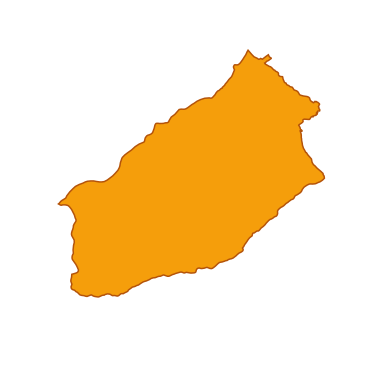 the district of San José De Miranda, Santander, Colombia, rotated 51°
{"feature_id": "7082276B56254263811403", "entity_name": "San José De Miranda", "entity_type": "district", "adm_level": 2, "iso_a3": "COL", "parent_name": "Colombia", "parent_adm1": "Santander", "projection": "albers", "projection_center": [-72.731, 6.627], "detail": "fine", "context": "isolated", "style": "filled", "palette": "amber", "viewbox_px": 384, "rotation_deg": 51, "n_neighbors": 0, "source": "geoboundaries", "source_scale": "gbopen_adm2", "svg_char_len": 5973}
<svg xmlns="http://www.w3.org/2000/svg" viewBox="0 0 384 384"><g transform="rotate(51 192 192)"><path d="M180.3,337.2L182.4,339.2L184.1,341.4L185.1,342.3L188.1,343.4L189.6,345.7L190.9,346.4L191.5,346.5L192.5,346.3L194.7,345.0L195.6,345.0L196.3,344.9L197.9,344.2L201.0,343.9L201.6,343.7L202.8,342.9L204.8,341.0L205.7,340.5L207.1,339.3L208.2,335.9L208.5,335.1L209.2,334.7L209.9,334.5L211.5,333.7L212.8,332.6L214.5,331.0L215.0,330.0L215.8,326.9L216.3,325.9L216.9,325.2L217.0,324.0L217.9,321.9L219.5,320.3L220.0,320.0L222.4,319.1L223.8,317.2L225.7,315.7L226.1,315.1L226.4,314.1L226.3,311.5L226.7,310.6L227.8,309.3L227.9,308.1L228.6,305.3L228.7,304.3L228.2,303.2L228.2,302.4L228.4,299.1L228.3,298.4L229.4,296.0L229.7,294.9L229.8,294.0L230.6,292.1L230.8,289.1L231.1,286.8L231.6,285.2L232.4,283.4L233.3,280.1L233.5,278.1L234.0,276.9L234.3,276.1L235.1,275.0L235.5,274.3L235.9,273.0L236.2,271.9L236.7,270.8L237.6,269.5L238.4,266.6L239.0,266.0L241.9,264.2L242.3,263.8L242.9,263.0L243.2,262.2L243.9,259.1L244.5,257.7L245.0,256.0L247.0,251.3L247.8,250.4L249.7,249.3L250.3,248.6L250.8,247.0L254.3,243.9L256.2,241.2L256.6,240.1L256.5,239.3L255.3,237.7L255.0,237.0L254.9,236.2L254.9,235.6L255.5,234.3L257.2,233.1L257.8,232.3L258.9,230.4L259.7,228.3L260.1,227.7L262.8,226.1L263.9,224.9L264.2,223.9L264.3,222.0L264.3,220.3L264.0,217.2L264.0,215.6L264.3,214.4L265.4,212.5L266.3,210.1L266.6,208.9L267.2,208.1L267.3,207.8L267.4,206.4L267.8,205.1L268.7,203.3L269.2,201.6L269.3,197.5L269.1,196.3L269.1,194.4L269.1,193.6L269.5,192.3L269.7,191.1L269.7,189.9L269.6,189.3L268.8,188.4L268.5,188.2L267.7,188.2L267.4,188.0L267.2,187.8L267.0,186.3L266.3,184.8L265.8,183.5L265.7,182.6L265.3,181.7L265.2,181.0L264.3,178.3L263.8,175.9L263.9,172.9L262.4,171.0L262.4,170.3L263.0,169.3L263.1,166.8L263.3,166.0L264.1,164.8L264.1,164.5L264.1,163.9L263.5,160.9L263.6,158.3L263.4,155.9L262.9,153.9L262.4,150.2L262.5,148.2L262.9,147.5L263.2,145.7L263.2,143.3L263.5,142.6L263.7,142.3L263.8,141.4L263.6,140.6L263.0,139.5L262.7,139.1L260.7,137.6L260.4,137.1L260.1,136.2L259.9,134.4L259.9,132.6L260.3,130.7L260.4,129.1L260.1,126.1L260.4,123.9L260.3,123.1L260.4,120.3L260.4,119.9L261.0,118.2L261.1,117.6L260.9,116.6L260.1,114.9L259.9,114.2L260.0,113.3L260.4,111.7L260.6,109.2L260.7,108.0L260.3,106.3L259.4,104.6L259.0,102.9L258.8,102.4L258.8,100.8L259.1,98.0L259.6,96.0L260.1,95.1L261.6,93.4L263.0,91.3L263.4,90.5L264.1,87.6L264.4,86.9L264.7,85.8L264.9,83.2L264.8,81.7L264.6,80.4L262.7,79.3L260.9,79.1L260.5,78.7L259.7,78.5L258.6,78.7L257.5,78.8L252.2,79.8L248.9,80.0L247.2,80.4L245.6,80.2L244.3,79.9L241.5,78.4L235.8,78.6L233.5,78.3L232.8,78.7L229.9,78.1L228.3,77.9L225.1,76.7L223.7,75.8L221.0,74.4L219.5,73.3L218.6,72.9L216.6,71.3L215.2,70.5L212.5,69.5L212.6,69.1L213.6,68.8L213.9,68.4L213.8,68.0L212.6,67.9L212.0,68.2L211.0,68.1L210.3,67.6L208.2,67.1L207.3,67.1L207.1,66.8L207.1,66.1L207.4,63.6L207.4,62.3L207.2,61.4L206.0,60.7L205.7,60.1L205.9,59.3L206.2,58.7L209.1,55.6L209.5,55.0L209.4,54.2L208.8,52.6L208.8,51.7L209.0,50.7L209.7,50.8L209.8,50.6L209.5,49.9L209.5,49.2L210.4,47.4L210.0,46.8L210.2,46.5L209.9,46.1L210.2,45.6L210.0,45.4L209.8,45.3L209.6,45.4L209.3,45.7L208.9,45.6L208.8,45.3L208.8,45.0L209.4,44.7L209.4,44.4L208.6,44.3L208.3,43.3L208.5,42.9L209.3,41.9L209.3,41.7L208.8,41.2L208.1,40.8L207.9,40.8L207.5,40.9L207.1,40.9L206.1,40.2L205.3,40.1L204.1,38.0L204.0,37.6L203.3,37.5L202.3,37.7L201.5,37.8L201.0,38.2L200.2,38.3L199.9,38.5L199.2,39.3L199.5,39.4L199.0,40.2L199.2,41.2L198.8,41.6L197.7,41.8L197.0,42.2L195.8,42.3L195.0,42.3L192.9,41.5L191.6,41.7L190.2,42.5L187.5,45.0L184.8,46.9L183.8,47.1L181.4,46.7L180.6,46.7L179.3,47.0L177.0,48.4L176.4,48.4L173.8,48.1L171.6,49.6L170.1,49.8L169.2,50.4L168.1,50.8L166.6,50.4L165.5,51.0L165.0,51.1L164.4,51.0L161.4,50.1L159.6,49.1L159.3,49.1L158.4,50.1L157.3,50.9L156.9,51.1L155.8,51.2L155.3,51.0L154.1,50.1L153.4,50.0L151.9,50.4L150.7,51.1L149.7,51.0L149.3,51.1L148.6,51.6L147.7,51.6L147.3,51.8L146.8,51.8L146.4,51.7L144.2,52.1L142.8,53.0L140.3,53.9L139.4,54.3L138.8,54.5L137.8,54.5L137.5,54.4L137.8,53.5L137.5,52.5L137.4,51.8L137.9,50.0L138.1,46.6L138.0,46.3L137.8,46.2L137.3,46.3L136.3,46.7L135.5,46.8L133.4,46.3L133.2,48.9L133.1,53.7L131.4,54.6L131.2,56.1L131.0,56.4L130.8,56.7L129.1,57.2L126.0,58.7L123.0,59.0L117.1,59.2L117.8,61.1L119.2,63.8L120.0,66.4L121.0,69.3L121.9,72.6L122.2,74.2L122.1,76.2L121.0,77.7L120.1,78.6L120.0,79.4L120.4,80.3L120.9,81.1L122.6,81.8L123.8,82.1L126.4,86.8L127.3,88.7L127.8,92.6L128.5,95.1L129.1,98.4L129.3,98.9L129.6,99.3L129.8,102.6L130.3,103.0L129.9,104.3L130.1,106.9L129.7,108.6L130.1,110.8L130.9,112.9L131.5,116.9L131.1,118.2L129.7,119.4L127.1,123.2L125.5,127.4L124.6,131.1L124.4,134.5L124.0,136.9L123.8,142.2L123.5,144.4L122.8,146.0L120.7,148.4L119.8,150.1L120.9,156.5L120.7,161.0L122.2,165.1L122.7,165.7L122.8,166.8L122.5,167.8L121.5,169.2L120.6,171.2L118.3,174.2L117.2,175.2L116.3,176.4L116.1,177.0L116.4,178.1L117.0,179.1L118.7,181.3L120.5,184.3L121.1,185.4L121.2,187.1L120.8,188.9L120.1,190.5L119.9,191.9L120.2,193.2L120.6,194.4L122.8,197.2L122.9,198.2L121.5,202.9L121.0,207.6L121.3,212.7L121.0,217.3L120.9,220.9L121.3,224.3L121.7,225.3L124.1,229.1L126.3,231.6L127.3,233.1L128.5,235.9L129.2,240.1L129.6,243.5L129.4,250.3L128.7,253.6L127.4,255.8L126.0,257.5L123.4,259.9L121.6,261.4L119.7,263.7L117.8,266.6L117.0,268.7L116.5,271.1L115.2,274.9L114.3,279.1L114.5,282.3L115.0,286.9L116.2,291.8L117.2,293.7L117.2,294.8L116.7,298.4L116.7,300.0L117.2,302.2L117.2,303.3L119.5,302.4L120.2,301.6L120.7,300.5L122.5,298.3L124.0,297.2L124.9,296.7L127.0,296.5L129.9,296.6L131.8,297.0L135.9,297.9L138.7,299.1L140.4,299.5L141.1,300.0L141.7,300.7L142.7,303.7L143.5,305.3L145.0,306.8L146.3,308.7L146.8,309.7L148.0,311.3L148.9,312.2L150.3,312.9L155.2,313.8L157.2,315.3L158.9,317.6L162.2,320.9L164.3,322.3L165.1,322.9L166.0,324.9L167.1,326.2L168.4,327.1L169.2,327.4L175.2,327.8L177.7,328.3L180.9,329.2L181.6,329.8L182.1,330.5L182.3,331.4L182.2,332.5L181.8,333.7L180.3,337.2Z" fill="#f59e0b" stroke="#b45309" stroke-width="1.5"/></g></svg>